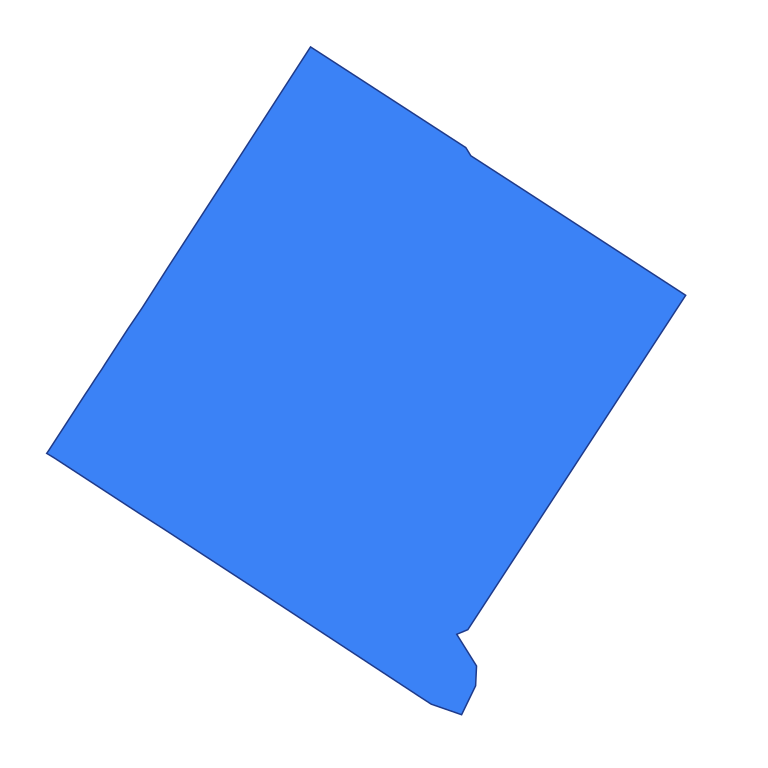 Ottawa, Oklahoma, United States of America, rotated 213°
{"feature_id": "52423323B73964921740161", "entity_name": "Ottawa", "entity_type": "district", "adm_level": 2, "iso_a3": "USA", "parent_name": "United States of America", "parent_adm1": "Oklahoma", "projection": "natural_earth1", "projection_center": [-94.749, 36.834], "detail": "fine", "context": "isolated", "style": "filled", "palette": "blue", "viewbox_px": 768, "rotation_deg": 213, "n_neighbors": 0, "source": "geoboundaries", "source_scale": "gbopen_adm2", "svg_char_len": 639}
<svg xmlns="http://www.w3.org/2000/svg" viewBox="0 0 768 768"><g transform="rotate(213 384 384)"><path d="M628.8,482.2L628.7,364.0L628.3,316.0L628.8,291.2L628.8,270.1L628.8,248.6L628.7,243.5L628.9,231.8L628.9,218.7L629.0,213.4L629.0,148.2L629.0,146.0L629.1,142.1L620.5,142.4L532.7,142.2L530.3,142.2L517.4,142.2L488.6,142.4L486.1,142.4L441.4,142.3L377.8,142.2L366.4,142.2L355.9,142.1L351.9,142.1L184.5,141.2L170.0,141.2L138.8,148.9L142.8,180.8L152.8,197.9L186.7,213.7L179.9,223.6L179.3,622.7L366.4,622.8L435.5,622.7L444.1,626.8L629.2,626.7L629.2,624.5L629.1,577.6L628.8,482.2Z" fill="#3b82f6" stroke="#1e3a8a" stroke-width="1.5"/></g></svg>